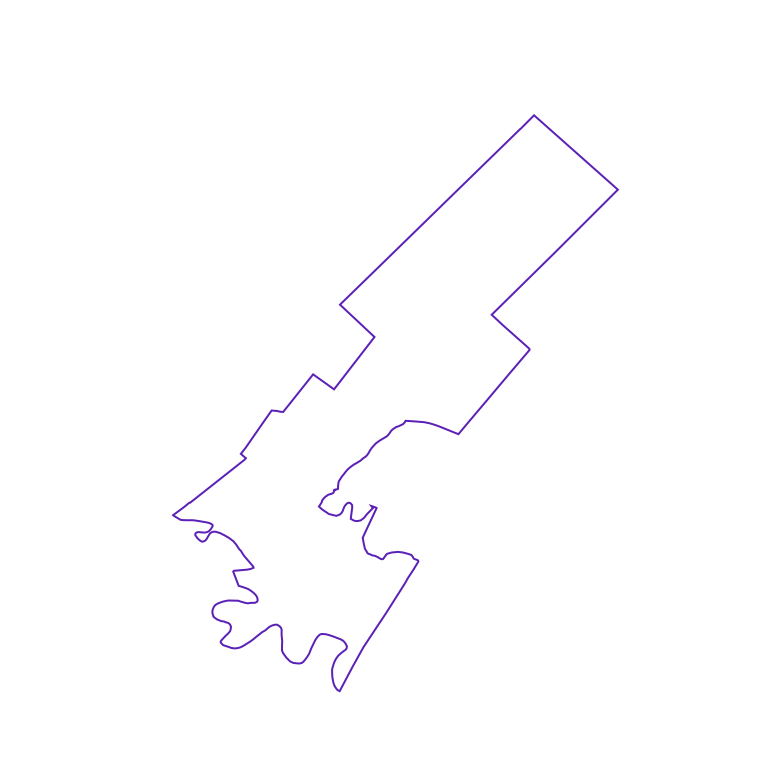 Sarateni, Ialomita, Romania (Natural Earth projection), rotated 20°
{"feature_id": "2599482B52880739545747", "entity_name": "Sarateni", "entity_type": "district", "adm_level": 2, "iso_a3": "ROU", "parent_name": "Romania", "parent_adm1": "Ialomita", "projection": "natural_earth1", "projection_center": [26.94, 44.652], "detail": "fine", "context": "isolated", "style": "outline", "palette": "violet", "viewbox_px": 768, "rotation_deg": 20, "n_neighbors": 0, "source": "geoboundaries", "source_scale": "gbopen_adm2", "svg_char_len": 5357}
<svg xmlns="http://www.w3.org/2000/svg" viewBox="0 0 768 768"><g transform="rotate(20 384 384)"><path d="M433.1,80.2L425.0,97.7L424.8,97.8L384.5,181.4L344.2,265.1L315.5,324.5L359.0,343.1L338.9,406.1L314.1,399.2L298.8,444.8L295.5,445.6L292.3,446.0L290.0,446.7L287.5,447.3L283.1,463.5L275.9,490.9L273.4,498.6L279.0,500.8L279.6,500.9L279.6,501.2L278.6,503.3L242.4,561.9L242.0,562.0L241.7,562.1L238.1,568.2L230.7,579.4L231.4,579.7L237.5,580.9L239.2,581.2L241.5,580.7L246.6,579.0L250.9,577.4L255.9,576.3L260.8,575.4L264.7,574.7L267.4,574.4L269.0,574.5L270.7,574.9L271.2,575.3L271.5,575.8L271.6,576.5L271.3,577.7L271.0,579.4L270.5,580.6L270.0,581.8L269.3,582.8L268.5,583.6L267.0,584.6L265.3,585.3L263.5,585.8L261.7,586.2L260.7,586.5L259.7,586.9L258.7,587.7L258.2,588.3L258.0,589.0L258.0,589.6L258.2,590.2L258.5,590.6L259.1,591.1L260.1,591.8L260.4,592.1L261.3,592.6L262.3,593.1L263.5,593.6L265.3,594.2L266.2,594.3L267.0,594.4L268.0,593.8L269.0,593.0L269.7,592.0L270.2,590.7L270.5,589.3L270.7,588.1L271.3,585.0L271.8,583.6L272.8,582.2L274.0,581.3L275.1,580.8L276.5,580.4L278.4,580.3L279.7,580.2L281.8,580.2L284.0,580.6L284.9,580.6L289.0,581.3L291.2,581.7L294.4,582.7L296.2,583.2L298.0,584.3L299.8,585.3L301.0,586.1L301.9,586.9L304.7,588.9L306.6,589.7L308.9,591.6L311.4,593.4L323.6,600.3L324.3,601.3L321.8,603.5L319.2,605.1L306.8,610.9L306.5,611.9L316.5,623.4L320.0,623.1L326.2,623.1L327.4,623.3L328.8,623.6L331.6,624.4L334.1,625.4L336.2,626.5L338.0,628.2L338.6,629.1L339.3,630.6L339.1,632.2L337.6,633.7L336.8,634.0L335.5,634.5L334.4,635.0L333.2,635.4L332.0,636.2L331.1,636.6L330.1,636.9L329.1,637.0L328.0,637.2L325.7,637.3L323.5,637.5L321.3,637.5L318.8,638.3L312.0,640.6L309.7,641.9L307.2,643.5L306.2,644.3L305.2,645.1L302.7,647.3L301.0,649.5L300.3,652.0L300.2,655.0L300.9,657.6L303.4,661.0L307.4,662.3L312.1,662.5L314.9,661.9L317.2,662.0L318.3,661.9L319.4,661.8L321.5,662.6L323.2,664.3L323.8,666.8L323.9,669.1L322.8,671.9L321.2,675.0L320.8,676.0L320.1,677.6L319.5,679.0L318.9,680.5L318.6,681.5L318.8,682.3L319.1,682.9L322.1,684.4L325.4,684.3L328.8,684.2L330.3,684.3L333.2,683.8L335.8,682.8L338.6,681.0L340.6,679.1L342.4,676.9L344.2,674.6L346.7,671.3L348.5,668.6L350.4,665.3L353.0,661.1L354.4,658.8L356.4,656.5L357.6,654.6L358.5,652.8L359.9,650.8L361.6,649.1L363.6,647.6L365.7,646.8L366.9,646.9L369.1,647.5L370.9,648.6L371.8,649.8L373.6,654.8L376.4,660.7L377.4,664.0L379.3,669.3L381.0,671.2L383.7,673.1L386.1,674.7L388.3,675.7L390.7,676.8L393.9,677.1L396.9,676.5L400.1,675.6L402.2,674.2L403.2,672.7L404.1,670.2L405.1,667.0L405.9,663.2L406.0,659.9L406.1,656.7L406.4,654.0L407.0,648.2L407.9,644.6L408.7,642.7L409.4,641.5L410.3,640.7L411.4,640.0L415.3,639.0L418.7,638.7L423.7,638.6L426.7,638.7L429.9,638.7L431.6,638.9L433.3,639.2L435.0,640.0L436.8,641.2L438.9,643.2L439.3,645.4L438.7,647.0L437.5,648.7L435.3,652.3L433.9,655.0L432.8,659.0L432.4,662.8L432.6,667.0L432.8,669.6L433.7,672.3L434.9,675.2L436.1,677.8L437.4,680.0L438.7,682.1L440.5,684.3L442.4,685.9L444.4,687.2L445.9,687.6L447.4,687.8L451.2,660.4L454.7,638.4L464.3,598.6L471.7,565.0L472.5,560.3L472.5,560.0L472.6,559.7L472.8,558.4L474.0,553.3L475.2,548.3L475.9,544.8L476.6,541.3L476.8,540.1L477.0,539.2L476.9,538.9L476.8,538.7L476.7,538.5L476.4,538.3L476.1,538.1L475.7,538.0L475.2,538.0L474.4,538.0L473.2,538.0L472.6,538.1L472.1,538.0L471.6,537.9L471.1,537.4L470.0,536.5L469.2,535.9L468.8,535.7L468.5,535.6L468.2,535.3L464.4,535.4L459.1,535.9L454.5,537.0L448.7,539.8L444.8,542.7L443.0,548.8L442.2,549.3L440.5,549.5L439.9,549.3L439.0,549.2L438.5,549.1L437.9,548.9L437.6,548.9L437.2,548.8L436.6,548.8L435.9,548.7L434.9,548.6L434.3,548.6L433.6,548.7L432.9,548.8L431.5,549.0L429.8,548.9L428.9,548.8L427.8,548.9L427.1,548.8L426.8,548.7L426.4,548.6L425.7,548.0L425.4,547.7L424.5,546.9L423.8,546.5L423.1,545.9L421.9,544.6L421.4,543.8L418.7,539.4L416.6,535.8L417.3,527.3L419.5,503.1L418.5,502.9L416.2,502.9L413.8,503.0L416.0,504.4L414.3,508.2L412.6,511.9L411.0,516.7L408.7,520.2L405.7,522.0L402.8,522.7L398.9,522.1L397.4,515.6L396.4,511.0L395.9,509.8L395.4,508.6L393.3,507.5L391.6,507.5L390.0,509.0L388.9,511.8L388.7,513.5L388.6,515.1L388.6,517.9L388.1,519.9L387.6,520.9L387.0,521.9L384.3,524.2L382.7,524.4L381.0,524.6L378.7,524.8L376.4,525.0L374.3,524.4L372.3,523.9L371.0,523.6L369.7,523.3L367.4,522.5L364.8,521.4L365.9,516.6L365.9,516.3L365.9,515.9L365.8,515.4L365.7,515.0L365.7,514.6L365.8,514.3L366.0,513.8L366.1,513.3L366.2,513.1L366.2,512.8L366.5,512.3L366.5,512.0L367.0,511.0L367.6,509.9L368.1,509.2L369.0,507.8L369.7,507.0L370.7,506.2L371.9,505.4L372.6,504.8L373.4,503.9L373.8,502.6L373.8,501.9L373.5,501.4L373.3,501.1L374.3,500.5L374.0,500.1L376.6,498.5L376.5,497.9L375.9,496.0L375.5,494.6L375.2,493.2L374.9,491.8L374.9,490.4L375.2,489.3L375.9,485.9L376.5,484.2L377.1,482.5L377.5,481.2L377.9,479.9L379.1,476.7L380.4,474.3L381.4,472.7L382.5,471.1L383.6,469.5L384.6,468.5L386.4,466.3L388.1,464.1L390.0,460.7L391.8,458.2L392.6,456.2L393.2,453.8L393.5,451.7L394.4,448.0L396.7,442.5L399.2,438.8L404.7,432.0L405.9,429.0L406.7,425.8L407.6,423.7L410.1,420.3L412.3,418.6L415.7,415.1L416.7,412.6L416.9,411.2L425.8,408.6L430.9,407.2L435.0,406.1L437.7,405.7L440.4,405.3L443.9,405.1L447.2,405.0L450.9,405.0L471.1,405.7L477.0,389.4L487.9,359.8L498.4,331.1L509.1,302.3L509.1,301.9L508.6,301.3L507.2,300.6L475.6,288.1L461.5,282.1L499.8,201.7L537.3,121.4L433.1,80.2Z" fill="none" stroke="#5b21b6" stroke-width="2"/></g></svg>